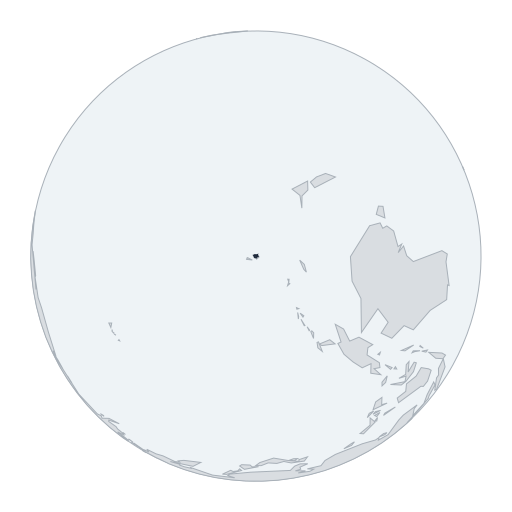 the Earth from above Central, rotated 209°
{"feature_id": "FJI-2617", "entity_name": "Central", "entity_type": "Division", "adm_level": 1, "iso_a3": "FJI", "parent_name": "Fiji", "parent_adm1": "", "projection": "orthographic", "projection_center": [178.241, -17.983], "detail": "medium", "context": "on_globe", "style": "filled", "palette": "slate", "viewbox_px": 512, "rotation_deg": 209, "n_neighbors": 0, "source": "natural_earth", "source_scale": "10m", "svg_char_len": 6725}
<svg xmlns="http://www.w3.org/2000/svg" viewBox="0 0 512 512"><g transform="rotate(209 256 256)"><circle cx="256" cy="256" r="225" fill="#eef3f6" stroke="#a8b0b8"/><path d="M262.6,248.5L262.9,250.2L262.6,250.4L262.6,248.5ZM471.0,188.6L465.4,175.3L461.7,167.4L457.3,157.2L432.2,120.0L453.3,152.2L447.7,144.3L439.2,132.0L438.9,130.3L426.4,114.0L418.4,106.7L400.7,88.8L382.1,71.1L387.7,74.8L382.6,70.7L375.2,66.2L371.6,64.3L344.0,49.3L318.3,41.0L313.8,41.2L312.0,39.5L305.9,42.7L294.3,43.0L305.2,41.1L304.6,39.9L295.7,38.9L293.1,37.6L287.3,36.6L285.1,35.4L291.7,35.1L290.4,34.5L284.1,34.0L277.9,32.9L287.3,33.6L277.5,32.1L284.4,32.5L300.2,35.1L315.8,38.8L331.2,43.6L346.1,49.5L360.6,56.5L374.5,64.4L387.9,73.4L400.6,83.2L412.5,94.0L423.6,105.5L433.9,117.8L443.3,130.9L451.8,144.5L459.2,158.8L465.6,173.5L471.0,188.6ZM388.2,438.4L387.6,438.8L382.1,442.7L383.5,441.7L382.9,441.9L380.3,443.5L388.0,437.8L398.9,429.7L402.6,426.9L404.6,425.1L410.6,419.9L388.2,438.4ZM412.7,417.8L413.7,416.9L412.7,417.8ZM349.7,127.4L348.3,123.1L352.2,126.0L349.7,127.4ZM345.4,120.4L346.3,121.9L345.1,120.6L345.4,120.4ZM343.1,119.5L344.7,120.1L342.9,119.8L343.1,119.5ZM340.1,118.8L341.7,118.9L341.6,119.1L340.1,118.8ZM335.3,116.4L334.1,115.7L335.5,115.5L335.3,116.4ZM370.4,63.8L375.3,66.3L382.9,71.2L379.1,69.2L370.4,63.8ZM355.6,55.8L357.2,56.2L362.7,59.7L360.1,58.3L355.6,55.8ZM311.2,42.1L315.7,42.7L312.2,42.6L311.2,42.1ZM286.9,36.8L286.5,37.1L283.7,36.6L286.9,36.8ZM277.7,34.2L273.3,33.5L278.9,34.1L277.7,34.2ZM271.5,33.1L260.9,32.0L258.9,32.4L258.5,31.1L267.7,32.1L274.8,32.6L271.0,32.6L271.5,33.1ZM259.9,30.8L258.3,30.7L261.3,30.8L259.9,30.8ZM372.6,448.6L386.1,439.1L379.7,443.9L381.7,442.9L372.3,448.9L372.6,448.6ZM231.1,32.1L231.7,32.0L232.5,32.1L243.7,31.4L245.6,31.2L258.5,31.1L258.9,32.4L254.6,32.6L257.8,34.0L247.5,34.5L240.4,36.1L227.3,36.9L222.9,38.7L224.7,39.1L220.0,42.3L204.2,48.7L209.1,41.5L231.3,34.7L221.5,36.9L221.4,36.1L216.5,36.9L209.8,38.9L210.5,39.3L187.8,43.3L167.1,51.7L174.2,50.3L173.2,52.5L155.9,64.3L122.0,85.1L120.3,91.0L116.6,95.6L110.0,99.4L115.2,92.6L113.5,91.2L117.4,87.2L108.6,92.1L113.9,86.7L104.5,93.8L102.2,97.5L107.9,94.7L97.5,104.1L96.5,110.6L90.4,120.9L72.0,143.3L62.3,153.0L60.4,156.9L59.7,154.3L53.9,163.7L51.6,181.9L50.0,188.3L42.9,203.9L43.6,199.2L41.5,192.4L37.7,208.5L39.1,217.8L39.5,232.0L36.9,229.9L36.9,217.7L36.3,214.9L38.9,201.0L43.1,183.3L40.7,189.9L43.0,182.6L48.7,167.8L55.4,153.4L63.2,139.5L71.9,126.2L81.5,113.6L91.9,101.6L103.2,90.5L115.3,80.1L128.0,70.6L141.4,62.1L155.3,54.5L169.8,47.9L184.6,42.3L199.9,37.8L215.4,34.4L231.1,32.1ZM115.5,432.0L117.4,433.3L118.9,434.6L115.5,432.0ZM65.0,256.5L68.9,256.3L69.0,257.3L65.0,256.5ZM60.8,254.3L64.9,253.1L60.5,256.9L60.8,254.3ZM66.6,252.7L70.8,249.3L72.6,247.0L72.5,249.3L66.6,252.7ZM58.2,255.5L46.3,261.3L42.2,261.2L42.7,256.8L49.2,253.7L58.2,255.5ZM42.4,257.0L36.9,250.7L33.4,227.0L34.6,225.3L39.0,236.9L38.6,240.4L41.9,246.1L42.4,257.0ZM57.7,228.6L57.4,238.5L50.3,241.0L47.4,241.0L45.3,229.8L46.4,223.1L48.6,222.0L60.2,196.8L63.6,200.2L59.4,210.2L62.4,217.1L57.7,228.6ZM67.1,181.1L60.9,191.5L67.2,178.4L67.1,181.1ZM72.1,169.4L71.4,173.7L70.4,170.2L72.1,169.4ZM58.3,162.6L55.8,165.0L56.8,162.1L60.6,157.4L58.3,162.6ZM85.7,130.0L81.7,138.1L79.8,141.2L80.6,136.7L85.7,130.0ZM237.8,344.2L244.3,347.0L241.4,354.5L235.2,361.9L224.8,363.6L237.8,344.2ZM169.0,361.0L161.7,351.8L171.0,350.7L173.1,359.0L169.0,361.0ZM242.6,338.8L244.9,330.9L239.1,320.1L246.9,330.3L256.9,332.0L247.2,346.6L242.6,338.8ZM115.7,327.4L96.0,350.8L89.7,350.5L87.0,343.0L72.8,323.8L74.5,323.6L68.1,310.3L77.3,292.9L82.6,267.7L92.7,266.9L97.3,249.9L109.2,249.2L108.3,262.1L123.8,269.0L126.7,240.2L143.6,269.7L159.8,280.6L173.1,301.2L171.3,337.6L163.5,345.1L158.6,341.7L156.2,345.7L147.7,344.6L136.4,333.1L134.3,337.1L133.3,327.9L131.8,336.3L124.3,329.3L115.7,327.4ZM204.1,266.3L207.7,267.5L215.8,273.6L209.7,272.1L204.1,266.3ZM253.9,253.6L257.2,256.7L252.8,256.7L253.9,253.6ZM262.6,250.4L257.3,250.7L262.6,248.5L262.6,250.4ZM214.6,249.0L217.0,251.1L215.8,251.7L214.6,249.0ZM213.0,248.2L214.0,245.3L214.7,248.4L213.0,248.2ZM193.0,230.7L194.5,229.3L195.6,230.5L193.0,230.7ZM74.9,254.6L79.7,245.3L83.0,243.9L74.9,254.6ZM189.7,227.4L185.2,226.9L185.3,225.3L189.7,227.4ZM189.3,223.7L188.4,221.4L192.2,226.8L189.3,223.7ZM180.0,218.4L186.0,222.5L179.5,218.9L180.0,218.4ZM177.0,218.9L173.1,217.1L173.3,216.4L177.0,218.9ZM139.9,222.0L153.6,234.7L144.0,234.6L132.8,227.0L126.6,234.9L110.9,235.1L113.7,230.1L110.9,223.3L96.4,222.5L93.5,218.5L98.1,214.7L89.3,212.7L98.8,209.1L103.2,217.6L108.9,209.7L119.8,210.4L131.4,212.7L142.0,219.2L139.9,222.0ZM100.0,229.3L101.8,229.1L100.6,232.1L100.0,229.3ZM165.7,211.8L171.4,216.4L170.9,217.6L168.3,216.8L165.7,211.8ZM144.2,217.5L155.0,209.6L157.9,209.7L150.9,218.5L144.2,217.5ZM151.8,204.7L157.4,205.7L160.7,210.0L159.7,211.2L151.8,204.7ZM80.6,224.2L80.4,226.8L78.1,225.4L80.6,224.2ZM83.4,222.1L90.5,223.5L82.9,224.4L83.4,222.1ZM64.8,218.3L66.5,223.7L71.7,218.3L67.7,225.0L71.9,233.8L71.0,237.9L66.7,228.3L66.2,239.8L64.0,240.3L62.2,231.2L64.1,219.0L66.4,213.6L76.1,208.8L64.8,218.3ZM83.1,214.8L81.3,208.3L82.8,203.5L84.6,206.7L83.1,214.8ZM77.3,193.4L74.0,186.9L70.0,190.9L79.1,178.3L80.6,186.4L77.3,193.4ZM76.1,177.8L72.2,181.4L76.9,174.3L76.1,177.8ZM71.8,179.2L72.5,174.1L75.0,174.0L71.8,179.2ZM77.9,177.5L80.3,168.6L80.7,173.3L77.9,177.5ZM74.2,163.3L77.7,169.7L71.3,168.5L75.8,152.6L78.9,151.2L74.2,163.3ZM121.4,99.0L123.3,95.5L127.4,94.0L125.0,96.8L121.4,99.0ZM142.6,87.8L129.1,92.6L118.7,97.3L119.8,98.6L113.6,105.3L114.3,100.1L124.8,92.1L132.0,89.8L137.2,84.7L145.1,80.9L149.8,75.2L154.6,72.6L152.5,77.2L142.6,87.8ZM151.6,73.0L162.7,63.8L168.5,64.4L167.4,66.5L159.8,70.3L157.2,69.7L151.6,73.0ZM167.1,61.9L164.6,61.4L175.8,50.8L179.6,48.9L174.2,56.3L171.6,56.4L167.8,59.2L167.1,61.9ZM256.6,30.7L258.2,30.7L258.3,30.8L256.6,30.7Z" fill="#d9dde1" stroke="#a8b0b8" stroke-width="1"/><path d="M256.8,254.3L257.0,254.4L257.1,254.5L257.3,254.6L257.4,254.8L257.2,255.1L257.4,255.2L257.3,255.4L257.4,255.5L257.5,255.5L257.4,255.6L257.3,255.8L257.4,256.0L257.5,256.0L257.8,256.0L257.7,256.1L257.7,256.3L257.4,256.5L257.1,256.6L257.1,256.4L256.9,256.5L256.7,256.6L256.4,256.5L256.1,256.6L256.0,256.8L255.9,256.9L255.7,257.0L255.2,257.1L254.9,257.1L254.7,257.1L254.3,256.9L254.4,256.7L254.5,256.6L254.4,256.5L254.2,256.4L254.3,256.2L254.5,256.0L254.9,256.1L255.0,256.0L255.1,255.9L255.0,255.7L255.1,255.3L255.2,255.1L255.4,255.0L255.5,254.9L255.4,254.8L255.2,255.1L255.1,254.8L255.2,254.6L255.2,254.4L255.3,254.4L255.4,254.5L255.5,254.7L255.6,254.8L255.9,254.8L256.0,254.7L256.3,254.7L256.5,254.7L256.7,254.8L256.7,254.7L256.8,254.5L256.8,254.3ZM255.6,257.6L255.6,257.4L255.7,257.5L255.6,257.6Z" fill="#64748b" stroke="#1e293b" stroke-width="1.5"/></g></svg>